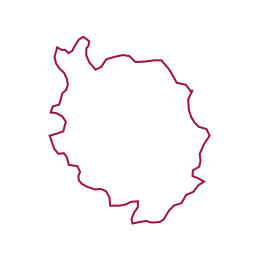 the district of Yeongdong-gun, North Chungcheong, South Korea, rotated 258°
{"feature_id": "91817680B4431337162748", "entity_name": "Yeongdong-gun", "entity_type": "district", "adm_level": 2, "iso_a3": "KOR", "parent_name": "South Korea", "parent_adm1": "North Chungcheong", "projection": "natural_earth1", "projection_center": [127.828, 36.154], "detail": "fine", "context": "isolated", "style": "outline", "palette": "rose", "viewbox_px": 256, "rotation_deg": 258, "n_neighbors": 0, "source": "geoboundaries", "source_scale": "gbopen_adm2", "svg_char_len": 1331}
<svg xmlns="http://www.w3.org/2000/svg" viewBox="0 0 256 256"><g transform="rotate(258 128 128)"><path d="M136.8,49.8L123.2,51.5L117.2,54.5L116.7,60.0L112.7,62.0L104.2,62.5L101.2,70.5L95.2,72.0L91.2,69.5L87.2,69.0L83.2,71.0L79.2,75.5L74.7,83.0L74.2,88.5L70.7,93.4L64.2,95.4L55.7,94.4L53.7,103.9L53.7,110.0L55.2,115.5L54.2,122.5L48.2,121.0L44.2,116.5L38.2,112.5L33.7,112.5L33.6,120.9L33.3,126.6L31.1,130.1L30.1,134.3L29.5,139.4L31.1,143.9L34.3,146.8L38.7,151.0L42.6,156.8L43.4,164.7L50.4,170.9L51.1,174.4L52.0,178.7L57.4,185.0L59.8,191.3L64.5,185.8L67.6,181.1L73.1,182.7L75.4,189.7L80.9,192.1L87.9,192.8L96.5,199.1L103.5,206.2L110.6,204.6L114.5,197.5L119.2,194.4L125.4,192.1L133.2,191.3L143.4,192.8L151.0,198.5L151.2,196.8L158.2,193.6L162.2,185.0L170.0,182.7L177.0,180.3L187.2,174.8L188.7,167.8L189.5,158.4L191.0,149.0L198.1,144.3L200.4,138.1L200.4,128.7L199.6,120.9L193.4,114.6L191.8,108.4L200.4,103.7L208.0,102.3L214.7,103.9L216.6,106.4L220.8,108.0L223.7,105.8L226.5,103.2L225.6,100.4L224.3,97.8L218.2,92.0L215.0,89.5L213.7,85.3L217.6,82.5L218.1,79.5L221.6,75.5L217.6,73.5L213.1,71.0L206.1,71.0L200.1,73.5L195.1,77.0L188.6,78.5L182.6,78.0L178.1,75.5L175.6,71.0L169.7,68.0L165.2,65.5L164.7,59.0L159.2,55.5L157.7,60.5L153.2,66.0L147.2,68.5L138.2,64.0L137.2,56.0L136.8,49.8Z" fill="none" stroke="#9f1239" stroke-width="2"/></g></svg>